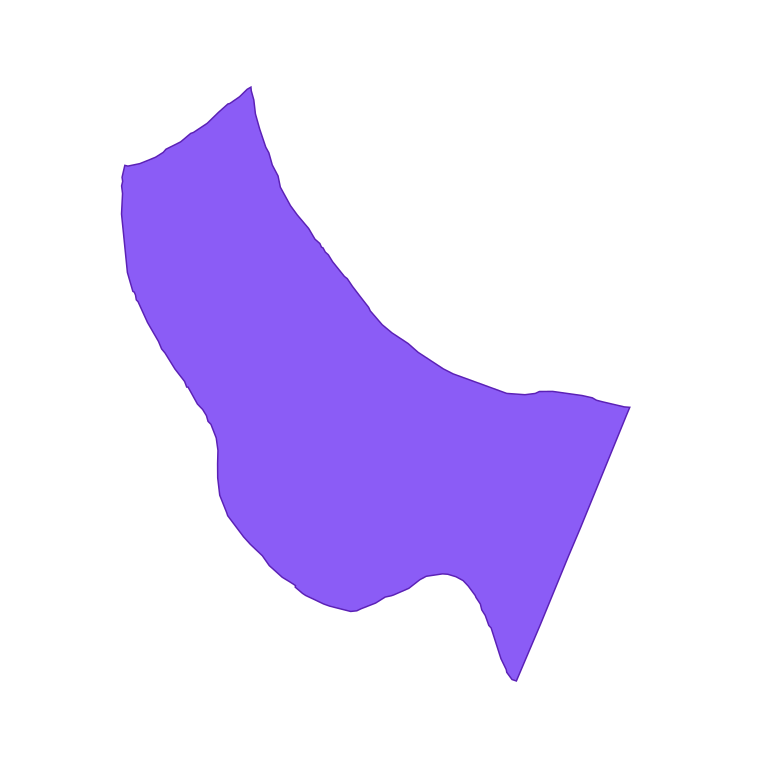 the district of La Democracia, Huehuetenango, Guatemala, rotated 173°
{"feature_id": "79465075B38360675898536", "entity_name": "La Democracia", "entity_type": "district", "adm_level": 2, "iso_a3": "GTM", "parent_name": "Guatemala", "parent_adm1": "Huehuetenango", "projection": "albers", "projection_center": [-91.866, 15.617], "detail": "fine", "context": "isolated", "style": "filled", "palette": "violet", "viewbox_px": 768, "rotation_deg": 173, "n_neighbors": 0, "source": "geoboundaries", "source_scale": "gbopen_adm2", "svg_char_len": 1786}
<svg xmlns="http://www.w3.org/2000/svg" viewBox="0 0 768 768"><g transform="rotate(173 384 384)"><path d="M614.6,632.6L618.8,621.1L618.7,616.9L620.3,612.6L620.3,604.9L623.8,584.7L625.1,525.9L622.0,506.6L620.7,505.6L619.8,502.6L619.6,497.7L618.1,495.7L611.2,473.8L602.6,453.6L600.5,446.0L597.6,441.5L589.6,424.2L581.6,410.8L580.2,405.0L578.9,404.8L577.4,401.2L571.6,386.8L567.1,380.8L564.1,374.2L563.2,368.3L560.7,365.1L557.1,350.9L556.9,338.3L558.9,325.0L560.5,311.1L560.6,293.6L555.8,275.4L555.2,272.3L553.4,269.2L542.0,249.4L536.1,241.0L525.7,228.4L520.0,217.7L508.5,204.5L502.0,199.4L496.4,194.7L496.9,193.2L490.5,186.2L487.6,183.7L470.7,173.0L464.9,170.1L444.8,162.3L438.6,162.2L434.2,163.7L419.0,167.6L408.8,172.4L402.8,172.9L400.3,173.4L384.2,178.2L372.2,185.4L365.5,188.0L349.1,188.4L343.9,187.4L336.0,183.9L329.4,179.2L325.0,173.2L319.2,162.9L318.7,160.9L315.2,153.9L314.5,147.9L311.7,141.9L309.4,131.6L307.4,128.8L301.4,97.1L297.5,85.7L297.3,82.8L293.0,75.1L288.8,73.1L258.0,126.4L222.2,190.1L206.8,216.8L147.4,323.0L142.9,330.9L148.3,332.0L169.0,339.6L175.1,342.0L178.9,344.9L188.7,348.4L217.5,356.1L230.7,357.6L235.0,356.2L245.4,356.2L263.3,359.7L314.3,385.7L323.3,391.8L346.3,411.3L355.1,421.2L369.9,433.8L378.6,443.1L388.7,458.2L389.9,461.9L397.0,473.8L403.4,484.7L407.6,493.0L410.2,495.6L420.1,511.6L423.5,519.0L426.2,522.1L427.9,526.5L429.4,527.5L430.5,531.2L434.9,536.2L439.8,547.5L449.5,562.4L455.1,572.4L462.9,592.0L463.8,603.4L468.2,615.0L470.1,627.5L472.5,633.5L476.3,652.1L478.7,667.8L478.6,681.8L480.0,691.2L479.9,694.9L483.9,693.2L492.4,686.7L502.9,681.2L504.8,681.0L515.2,673.8L527.7,664.3L542.5,656.9L545.3,656.3L556.4,649.1L571.8,643.6L574.9,640.8L583.2,636.9L599.5,632.5L611.6,631.5L614.6,632.6Z" fill="#8b5cf6" stroke="#5b21b6" stroke-width="1.5"/></g></svg>